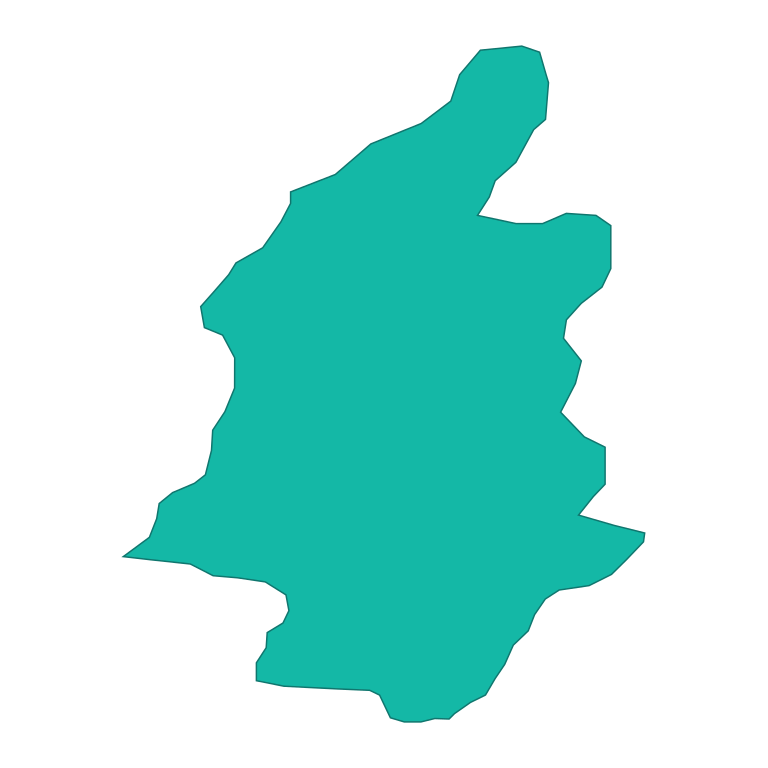 outline of Svenljunga, Västra Götaland, Sweden
{"feature_id": "70781695B82404495889294", "entity_name": "Svenljunga", "entity_type": "district", "adm_level": 2, "iso_a3": "SWE", "parent_name": "Sweden", "parent_adm1": "Västra Götaland", "projection": "natural_earth1", "projection_center": [13.101, 57.432], "detail": "fine", "context": "isolated", "style": "filled", "palette": "teal", "viewbox_px": 768, "rotation_deg": 0, "n_neighbors": 0, "source": "geoboundaries", "source_scale": "gbopen_adm2", "svg_char_len": 1254}
<svg xmlns="http://www.w3.org/2000/svg" viewBox="0 0 768 768"><path d="M449.1,719.0L454.5,713.6L470.5,702.4L485.5,695.0L495.1,678.6L504.7,664.4L513.3,645.1L528.2,630.9L534.6,614.6L545.3,599.0L559.2,590.0L589.1,585.6L611.5,574.4L626.5,559.6L643.5,541.8L644.7,533.0L614.1,525.4L578.5,515.1L593.3,496.6L605.1,484.2L605.1,447.2L584.3,436.9L560.6,412.2L575.4,383.5L581.3,360.9L563.5,338.3L566.4,319.8L581.2,303.4L602.0,287.1L610.8,268.6L610.8,225.6L596.0,215.4L566.3,213.4L542.6,223.6L516.0,223.6L477.5,215.4L489.3,197.0L495.2,180.7L515.9,162.3L533.7,129.6L545.5,119.4L548.5,82.7L546.0,74.4L539.6,52.2L521.8,46.1L480.4,50.2L459.7,74.6L450.8,101.1L421.2,123.5L370.9,143.9L335.3,174.5L290.6,191.9L290.6,203.4L280.9,221.9L262.7,247.8L236.0,262.9L228.7,274.7L214.1,291.5L200.7,306.6L204.4,327.6L222.6,335.1L234.7,357.8L234.6,388.1L224.9,411.7L212.7,430.2L211.5,450.4L205.4,474.8L194.5,483.3L172.6,492.6L159.2,503.5L156.7,518.7L149.4,537.3L123.3,556.6L150.3,559.7L190.3,564.0L213.1,575.7L237.7,577.8L265.3,581.9L286.0,594.9L288.9,610.7L283.0,623.0L267.2,632.6L266.2,647.7L256.4,662.8L256.4,680.7L283.9,686.2L337.2,688.9L369.7,690.3L379.6,695.1L390.4,717.8L404.2,721.9L421.0,721.9L434.8,718.5L449.1,719.0Z" fill="#14b8a6" stroke="#0f766e" stroke-width="1.5"/></svg>